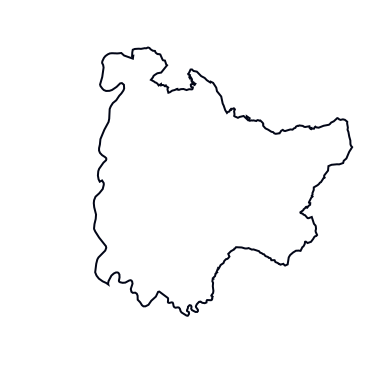 Mica, Cluj, Romania (Natural Earth projection), rotated 292°
{"feature_id": "2599482B98044296653209", "entity_name": "Mica", "entity_type": "district", "adm_level": 2, "iso_a3": "ROU", "parent_name": "Romania", "parent_adm1": "Cluj", "projection": "natural_earth1", "projection_center": [23.988, 47.128], "detail": "fine", "context": "isolated", "style": "outline", "palette": "ink", "viewbox_px": 384, "rotation_deg": 292, "n_neighbors": 0, "source": "geoboundaries", "source_scale": "gbopen_adm2", "svg_char_len": 6013}
<svg xmlns="http://www.w3.org/2000/svg" viewBox="0 0 384 384"><g transform="rotate(292 192 192)"><path d="M293.6,323.7L294.5,322.0L295.7,321.0L299.1,319.5L302.2,317.1L306.3,314.5L308.0,312.9L310.1,312.4L313.6,310.2L315.3,309.6L316.2,306.7L315.9,304.7L314.5,302.7L314.5,301.3L315.0,299.6L314.9,299.0L310.7,297.0L308.5,295.0L306.5,294.3L305.6,293.7L302.7,289.2L299.1,285.4L298.5,283.1L298.8,281.9L298.0,281.5L296.4,281.4L295.6,279.3L294.9,279.0L294.9,278.6L296.0,278.5L295.8,278.1L296.0,277.8L295.8,277.3L295.5,277.2L295.6,276.9L296.9,276.2L294.6,272.5L294.5,271.0L294.8,270.0L293.9,266.5L293.2,266.1L292.9,265.1L291.5,263.9L290.2,263.8L289.2,262.7L287.5,261.9L286.8,259.7L283.4,255.5L283.2,254.3L283.6,252.9L282.2,251.8L279.3,251.2L279.3,250.8L278.6,250.1L277.3,247.8L277.2,246.3L277.9,244.9L277.6,243.0L278.3,239.3L278.5,236.3L280.0,233.3L281.0,232.7L281.7,232.7L282.6,231.7L283.9,228.6L283.3,227.8L283.5,227.1L283.1,225.7L281.9,225.0L281.4,222.1L280.9,221.3L280.5,219.9L279.7,219.0L279.8,217.7L282.0,217.8L282.7,214.5L280.1,215.8L281.8,211.4L279.5,208.1L278.0,206.8L278.1,203.3L278.3,202.6L280.0,202.3L282.6,200.8L284.7,200.8L285.3,199.6L285.2,199.3L284.5,198.9L283.8,197.1L283.0,196.9L282.6,197.3L282.1,196.5L280.6,196.5L279.7,195.3L278.4,194.8L280.3,192.2L284.1,188.9L285.4,187.4L291.5,183.3L294.8,177.4L297.8,175.4L301.1,170.7L301.3,168.0L300.4,167.9L301.2,163.9L302.5,161.0L302.9,157.1L305.4,151.4L304.8,148.1L305.6,146.0L305.0,144.8L301.1,144.6L300.0,144.2L299.6,144.7L299.6,146.3L297.4,146.5L296.6,147.6L298.0,147.7L296.8,149.4L295.7,150.2L294.9,149.9L294.1,150.6L293.8,151.6L294.3,151.9L294.2,152.5L293.8,152.7L293.6,154.6L292.2,154.3L292.4,152.5L291.8,151.0L290.9,150.7L289.3,151.7L289.1,152.3L289.3,153.6L287.8,153.9L287.1,153.5L286.2,150.8L284.5,148.8L284.3,145.5L283.2,143.2L281.8,141.6L281.5,140.1L282.1,139.8L281.8,139.3L280.1,137.8L278.6,135.7L276.2,134.1L275.2,132.9L277.8,130.9L278.9,130.6L279.9,130.8L280.3,129.7L280.2,128.6L281.0,127.8L280.0,127.0L280.3,126.4L280.4,125.3L280.2,124.6L279.3,123.4L280.5,122.8L278.3,121.2L279.5,119.4L279.9,117.7L279.8,116.8L280.2,115.5L280.6,111.9L283.5,112.8L285.3,112.9L286.4,113.5L289.1,115.4L291.2,118.7L300.2,121.4L300.5,120.4L303.7,117.7L303.3,115.8L303.7,115.1L307.6,111.1L307.5,109.6L307.1,109.0L307.0,108.1L307.6,106.1L308.9,104.8L308.3,102.7L308.8,100.2L309.6,98.6L309.5,97.1L308.0,95.6L307.7,94.4L305.6,91.1L304.9,88.9L303.2,85.4L301.7,83.8L299.2,84.3L295.7,85.5L296.3,86.5L293.5,87.2L293.1,77.9L294.4,74.4L292.6,71.1L290.7,65.8L289.7,63.9L288.0,62.3L285.6,60.8L283.4,60.1L279.6,59.9L278.0,60.3L276.5,62.0L274.3,63.4L265.0,65.7L257.2,66.5L255.9,67.5L254.1,70.5L253.5,72.1L253.5,74.5L254.9,77.6L256.6,79.6L258.5,80.9L261.2,82.7L265.8,84.7L266.7,86.2L265.9,88.7L262.6,90.3L260.5,90.4L256.9,89.6L254.0,88.5L248.7,87.4L244.8,85.3L240.9,84.6L238.1,84.6L228.9,87.8L225.7,88.4L216.9,87.4L206.7,87.3L201.6,88.8L197.9,89.4L195.6,90.3L193.8,92.0L192.5,94.8L191.8,98.3L191.2,99.8L190.2,100.3L189.2,100.4L186.0,98.9L178.7,97.2L176.2,97.3L172.0,98.6L168.8,100.6L167.0,102.6L169.0,104.3L167.2,106.8L165.7,107.5L161.3,108.1L156.1,106.5L151.5,104.3L147.7,104.3L144.9,105.1L141.3,107.0L135.1,111.5L131.0,112.8L125.7,113.6L121.6,114.8L120.9,115.2L119.1,117.1L114.9,123.0L109.5,132.5L108.1,133.4L105.2,133.5L96.3,129.8L94.0,129.5L89.6,130.1L81.3,132.3L78.7,134.8L76.8,138.1L75.7,142.6L75.5,146.5L74.9,149.0L75.6,148.5L78.1,148.0L84.3,148.6L87.1,150.0L88.8,151.5L89.4,152.7L89.5,154.0L88.3,155.6L85.7,156.8L82.2,157.5L81.6,158.1L81.4,159.2L81.8,161.7L83.0,164.1L86.5,167.0L87.2,168.1L87.2,169.0L86.6,170.0L84.7,171.2L79.1,171.6L76.8,173.2L76.3,174.8L77.4,177.1L77.0,178.9L75.5,180.4L71.8,182.0L70.3,185.3L68.3,188.0L67.8,189.8L68.5,191.6L71.1,193.9L75.9,195.0L81.5,197.7L86.7,198.0L87.4,199.0L84.7,209.3L84.0,209.9L80.9,210.9L80.5,211.4L80.6,212.4L82.1,214.6L82.2,215.5L81.6,216.2L79.3,217.7L78.6,218.7L78.5,220.0L79.8,222.2L79.9,223.3L79.1,224.6L77.3,226.0L76.4,227.4L75.4,233.0L75.5,234.1L75.9,234.6L78.0,234.9L79.4,234.2L79.8,232.0L80.5,231.6L82.7,231.7L84.1,231.3L86.1,232.1L86.4,233.3L86.1,233.9L85.3,234.6L83.4,235.0L82.5,236.2L82.1,240.1L82.8,241.8L83.8,242.1L85.0,241.6L86.7,238.9L87.5,238.4L89.7,238.5L92.6,239.6L93.0,239.9L93.1,240.7L93.6,241.1L93.1,243.0L93.7,245.5L95.0,246.8L96.6,246.3L97.5,246.5L98.8,250.2L99.6,250.8L100.7,250.8L101.1,250.3L102.7,250.4L103.0,249.8L103.0,248.9L103.3,248.7L106.2,249.4L108.3,248.9L112.4,246.6L115.6,245.6L116.9,244.3L119.1,243.8L119.5,244.3L120.0,243.7L122.7,244.9L125.0,244.4L125.6,245.0L126.2,244.8L126.8,245.2L126.9,244.7L129.2,244.8L129.9,245.2L130.1,244.8L130.6,245.1L131.5,244.7L131.8,245.6L135.0,245.9L137.9,247.8L140.3,247.8L142.6,248.8L143.0,249.6L144.0,250.3L146.1,250.9L148.2,248.8L151.7,250.3L154.6,252.6L155.3,252.5L155.9,253.1L157.3,253.5L159.2,258.9L159.5,262.2L160.2,264.1L161.2,265.5L161.0,269.0L161.8,270.6L162.2,276.3L161.3,277.9L161.4,279.4L161.0,281.1L161.2,282.2L160.1,284.1L160.2,286.8L159.7,287.8L160.0,288.7L159.9,289.8L158.5,291.1L159.7,294.1L158.3,295.6L158.3,298.2L157.8,299.5L158.1,300.1L157.7,301.1L159.6,303.6L158.7,305.4L158.7,305.9L160.7,307.8L167.6,306.2L170.3,306.6L173.8,308.4L176.5,310.4L177.6,312.8L178.1,314.7L182.2,315.0L183.3,315.7L185.8,316.0L188.2,315.5L188.6,316.1L188.0,318.3L190.4,321.0L194.1,322.0L195.9,322.2L197.0,322.7L197.8,323.7L199.0,324.1L201.3,321.7L202.3,321.1L204.3,320.8L206.6,319.6L207.2,319.0L208.2,317.0L213.7,312.4L211.4,309.9L211.1,308.9L212.8,305.5L212.8,303.8L213.3,302.9L213.2,300.6L213.8,300.1L216.8,302.0L217.8,302.0L219.2,302.8L220.7,303.2L221.6,303.9L220.6,303.6L220.4,304.0L220.6,304.7L221.5,304.6L221.8,305.1L222.9,305.3L224.4,306.3L226.0,305.8L225.8,304.7L226.2,304.3L231.3,304.7L232.8,305.4L233.0,304.6L233.4,304.4L234.6,304.8L236.1,304.1L239.5,304.1L241.9,303.2L245.4,305.9L247.2,306.8L248.5,307.1L249.5,307.9L254.3,308.8L254.6,309.4L255.0,309.6L255.6,308.8L256.9,308.4L262.8,310.1L267.1,308.8L269.5,311.2L272.0,316.0L272.8,318.2L275.5,321.3L277.8,321.0L280.9,322.6L288.1,322.7L293.6,323.7Z" fill="none" stroke="#020617" stroke-width="2"/></g></svg>